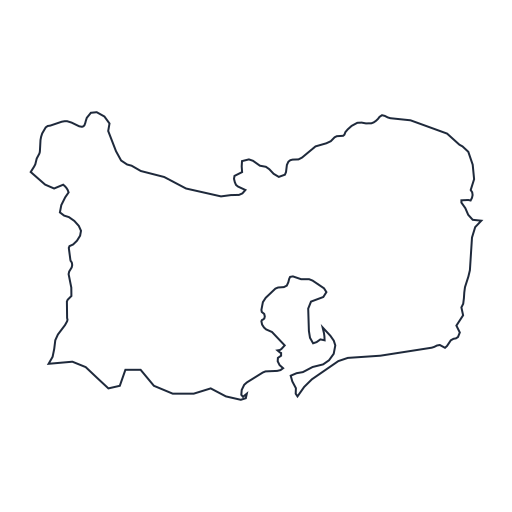 the border of Tulcea
{"feature_id": "ROU-4847", "entity_name": "Tulcea", "entity_type": "County", "adm_level": 1, "iso_a3": "ROU", "parent_name": "Romania", "parent_adm1": "", "projection": "mercator", "projection_center": [28.807, 45.066], "detail": "fine", "context": "isolated", "style": "outline", "palette": "slate", "viewbox_px": 512, "rotation_deg": 0, "n_neighbors": 0, "source": "natural_earth", "source_scale": "10m", "svg_char_len": 3222}
<svg xmlns="http://www.w3.org/2000/svg" viewBox="0 0 512 512"><path d="M96.7,112.2L104.4,116.5L109.5,123.5L108.2,131.0L116.0,151.2L121.1,160.5L127.1,164.5L131.6,165.7L140.8,171.0L164.2,177.0L186.0,188.5L221.0,196.4L230.8,195.1L239.0,194.9L242.4,193.4L245.4,190.0L237.9,186.5L236.0,184.9L234.8,182.1L234.0,178.8L234.5,175.9L242.1,172.1L241.7,166.4L242.0,161.1L248.9,159.4L253.0,160.8L259.9,165.7L265.9,166.8L269.3,169.2L273.6,173.8L278.8,176.9L284.9,174.7L286.0,172.1L286.9,164.9L288.4,161.7L290.3,160.2L292.6,159.6L298.5,159.4L302.0,157.6L315.5,146.4L326.3,143.3L330.8,141.2L334.6,137.3L336.8,136.2L343.1,135.8L344.4,134.7L345.4,132.1L347.7,129.4L351.6,125.9L357.3,122.8L361.6,122.6L365.9,123.4L371.4,123.3L373.7,122.4L376.0,120.8L378.0,118.9L379.5,116.9L382.0,115.2L384.8,115.9L387.7,117.4L390.3,118.2L410.5,120.3L447.1,133.6L459.4,144.7L462.5,146.4L468.3,151.8L472.7,164.7L474.1,179.2L470.7,190.0L472.2,192.3L472.6,195.0L472.0,197.8L470.6,200.5L468.3,200.0L461.4,200.3L461.4,202.6L465.3,208.1L468.2,214.8L472.7,219.8L481.3,220.7L475.2,227.1L472.0,237.5L469.9,270.2L468.4,276.5L465.0,287.1L464.3,292.3L463.9,298.3L463.2,303.8L461.4,307.4L463.1,315.3L456.4,325.6L459.8,332.5L458.0,337.0L455.9,338.4L453.5,338.8L450.8,340.3L447.0,346.0L445.0,347.8L439.8,345.0L437.0,345.5L434.2,346.9L431.7,347.7L380.4,355.7L347.8,357.9L338.3,361.1L311.9,379.3L304.2,386.9L297.5,396.4L295.7,393.7L295.9,388.2L292.3,381.4L290.7,375.7L296.6,373.2L302.9,372.1L312.6,367.0L323.1,364.4L329.0,360.3L333.7,353.8L335.3,345.4L333.8,340.7L330.4,335.8L322.6,327.4L324.0,333.3L324.4,336.2L324.6,340.3L320.4,339.4L316.6,342.1L313.1,343.3L310.0,337.8L308.9,331.0L308.2,308.6L311.0,301.6L323.3,297.0L326.4,292.1L324.0,288.3L312.6,280.6L309.1,279.2L301.1,279.2L292.9,276.4L290.1,276.9L289.2,278.8L288.3,282.3L286.8,285.6L283.9,287.1L278.1,287.5L275.4,288.6L265.7,297.8L262.9,302.1L261.4,309.9L261.8,312.0L264.2,313.9L264.8,316.4L264.3,318.5L263.1,319.5L261.9,320.1L261.4,321.3L262.1,324.6L264.0,327.5L266.1,329.4L272.0,332.0L284.7,345.4L281.4,349.0L279.9,350.0L277.5,350.4L280.0,352.5L281.1,353.0L281.1,355.7L277.9,357.9L277.7,361.3L279.6,365.1L283.1,368.2L280.5,370.1L277.2,370.9L265.5,371.4L262.8,372.5L246.9,382.4L244.2,384.8L241.7,390.0L241.3,394.8L243.0,396.8L246.8,393.7L245.8,398.2L240.8,399.8L225.9,396.4L210.7,388.4L193.6,393.7L172.8,393.7L153.9,385.8L140.6,369.8L125.4,369.8L119.8,385.8L108.4,388.4L97.0,377.8L85.7,367.1L72.4,361.7L48.6,363.8L52.6,356.8L54.2,349.0L55.3,340.2L57.9,334.5L65.0,325.1L67.1,321.3L67.5,319.7L67.1,318.0L66.9,301.5L67.7,299.7L71.4,296.0L71.3,287.6L68.6,274.1L69.2,271.5L71.7,267.4L72.2,265.1L71.9,262.9L71.3,261.7L70.7,261.0L70.4,260.0L68.8,247.9L69.5,246.1L73.1,244.5L77.0,240.7L80.1,235.7L81.0,230.8L78.8,225.9L74.3,220.9L68.9,217.1L64.1,215.6L59.9,212.4L61.3,205.1L65.2,197.3L68.6,192.4L67.6,189.8L66.4,187.9L65.0,186.3L63.2,184.7L54.1,188.5L45.1,184.6L30.7,172.0L34.1,166.6L35.3,164.3L36.7,158.6L37.1,157.8L39.3,153.7L39.7,152.5L39.9,151.1L40.5,140.0L41.1,136.8L42.2,133.4L45.7,127.4L47.7,126.0L50.3,125.6L61.8,121.7L64.7,121.2L67.1,121.2L71.6,122.6L79.2,126.3L82.0,126.8L83.4,126.3L84.4,125.3L85.3,122.9L85.8,120.9L86.8,117.8L90.4,113.4L90.8,112.8L96.7,112.2Z" fill="none" stroke="#1e293b" stroke-width="2"/></svg>